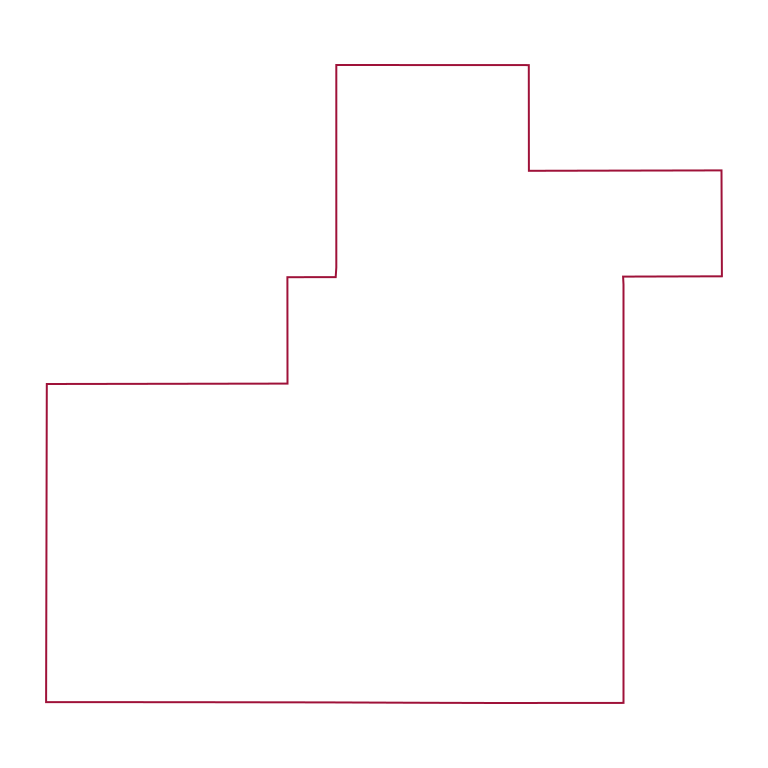 the district of Atoka, Oklahoma, United States of America
{"feature_id": "52423323B50121009977051", "entity_name": "Atoka", "entity_type": "district", "adm_level": 2, "iso_a3": "USA", "parent_name": "United States of America", "parent_adm1": "Oklahoma", "projection": "equal_earth", "projection_center": [-96.026, 34.419], "detail": "fine", "context": "isolated", "style": "outline", "palette": "rose", "viewbox_px": 768, "rotation_deg": 0, "n_neighbors": 0, "source": "geoboundaries", "source_scale": "gbopen_adm2", "svg_char_len": 350}
<svg xmlns="http://www.w3.org/2000/svg" viewBox="0 0 768 768"><path d="M46.1,702.1L192.2,702.2L326.5,702.4L428.5,702.8L495.2,703.0L623.5,702.9L623.5,284.5L623.1,276.6L721.9,276.3L721.5,170.4L528.9,170.8L528.8,65.1L336.3,65.0L336.3,267.6L335.7,277.1L287.4,277.2L287.5,383.6L46.8,384.0L46.1,702.1Z" fill="none" stroke="#9f1239" stroke-width="2"/></svg>